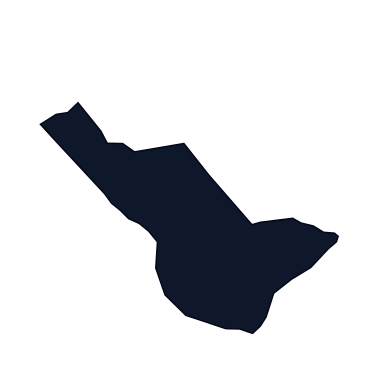 Abim, Natural Earth projection, rotated 321°
{"feature_id": "UGA-3126", "entity_name": "Abim", "entity_type": "County", "adm_level": 1, "iso_a3": "UGA", "parent_name": "Uganda", "parent_adm1": "", "projection": "natural_earth1", "projection_center": [33.73, 2.826], "detail": "fine", "context": "isolated", "style": "filled", "palette": "ink", "viewbox_px": 384, "rotation_deg": 321, "n_neighbors": 0, "source": "natural_earth", "source_scale": "10m", "svg_char_len": 644}
<svg xmlns="http://www.w3.org/2000/svg" viewBox="0 0 384 384"><g transform="rotate(321 192 192)"><path d="M118.1,65.9L116.8,44.0L135.3,46.2L145.4,52.1L159.6,50.9L159.5,87.3L156.8,100.8L168.6,110.7L172.5,124.6L216.2,149.2L215.7,189.5L218.0,255.1L226.3,258.7L253.7,275.8L257.2,284.7L264.9,294.8L268.9,306.1L276.8,313.6L277.7,318.4L272.9,321.6L262.2,321.9L236.7,325.4L214.4,322.4L191.8,322.1L170.8,335.8L160.8,339.2L150.1,340.0L142.7,328.3L132.3,319.5L109.6,284.0L106.3,255.0L116.0,228.3L133.7,209.1L133.7,195.3L131.2,183.2L126.0,172.9L124.7,160.9L122.4,150.1L123.0,138.2L118.1,65.9Z" fill="#0f172a" stroke="#020617" stroke-width="1.5"/></g></svg>